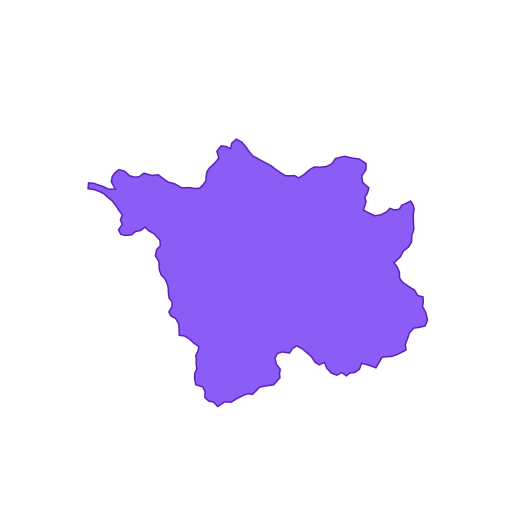 the district of Paula Cândido, Minas Gerais, Brazil, rotated 130°
{"feature_id": "56859067B72410336703321", "entity_name": "Paula Cândido", "entity_type": "district", "adm_level": 2, "iso_a3": "BRA", "parent_name": "Brazil", "parent_adm1": "Minas Gerais", "projection": "orthographic", "projection_center": [-42.983, -20.87], "detail": "fine", "context": "isolated", "style": "filled", "palette": "violet", "viewbox_px": 512, "rotation_deg": 130, "n_neighbors": 0, "source": "geoboundaries", "source_scale": "gbopen_adm2", "svg_char_len": 2768}
<svg xmlns="http://www.w3.org/2000/svg" viewBox="0 0 512 512"><g transform="rotate(130 256 256)"><path d="M395.9,188.5L388.0,186.3L383.9,181.0L377.2,178.9L370.5,176.0L366.6,173.6L364.3,169.8L359.8,169.3L354.2,169.0L348.7,164.5L343.3,159.7L338.2,159.5L333.9,159.4L331.0,162.4L327.2,164.6L325.8,170.7L322.1,175.7L316.9,177.0L312.7,174.3L308.7,167.9L303.7,168.6L298.8,167.2L297.3,160.7L297.4,155.6L297.5,148.7L299.4,142.7L298.8,137.7L293.4,135.1L296.4,129.8L297.3,123.2L295.3,117.4L290.1,115.4L289.7,109.7L285.4,109.0L281.6,105.4L276.3,104.0L270.4,106.2L268.1,101.6L266.3,97.1L264.6,92.3L258.4,93.2L252.5,94.4L249.4,91.3L245.4,87.3L241.6,85.0L237.1,82.9L231.5,80.7L227.9,84.7L222.0,86.8L216.3,89.1L209.8,88.7L205.6,85.0L200.9,81.5L194.8,83.4L190.5,89.1L187.6,96.0L183.6,98.3L180.0,101.8L182.3,106.7L180.2,112.8L181.4,120.5L181.9,126.7L180.7,131.7L176.0,136.0L173.5,141.3L172.5,145.8L168.0,145.4L163.7,144.9L157.5,146.3L151.0,144.9L145.2,145.9L140.0,149.9L134.0,152.3L130.5,155.7L126.8,159.0L123.1,162.3L118.8,164.8L116.1,168.1L114.5,172.9L118.8,174.7L123.7,177.0L127.8,176.2L131.7,179.4L133.4,184.0L138.7,184.4L144.5,187.0L148.8,190.9L150.5,197.3L151.8,203.3L147.8,204.8L143.6,206.6L141.1,210.3L136.4,211.0L131.3,213.3L131.1,221.5L126.6,226.5L119.4,227.2L114.4,231.1L115.4,239.3L119.4,245.7L122.7,252.3L130.4,257.8L136.7,257.1L142.1,259.5L146.8,263.9L150.4,268.6L154.4,270.1L158.4,270.9L162.5,271.5L168.9,273.6L169.6,278.1L172.5,281.3L175.6,284.9L176.5,291.5L177.0,296.6L177.2,302.5L178.5,308.6L179.5,313.3L180.3,317.6L181.4,322.7L180.5,328.2L179.0,333.4L177.9,340.2L179.2,346.2L185.1,347.1L190.1,344.4L191.3,349.2L194.0,353.5L200.9,353.3L204.9,347.5L210.8,347.3L218.5,348.2L222.8,347.8L226.6,345.7L230.4,342.8L235.1,342.3L240.3,342.8L243.3,345.9L246.7,351.4L251.6,356.7L253.0,365.0L255.7,370.3L256.3,375.5L256.6,383.0L261.2,387.5L264.6,395.1L270.4,396.4L273.5,399.5L275.8,404.5L275.5,411.2L277.8,416.4L282.9,417.6L287.5,417.2L292.1,414.6L295.2,406.8L299.6,411.9L301.0,417.6L302.8,422.1L304.6,427.0L307.6,431.3L312.4,427.9L309.0,422.4L307.2,417.2L306.1,412.6L306.3,407.6L306.2,401.6L307.5,395.6L309.2,390.3L310.4,384.8L315.3,383.2L318.0,378.7L324.3,378.2L326.3,373.4L324.0,369.1L319.9,365.0L314.5,364.0L310.6,360.7L305.1,359.5L305.7,354.9L304.5,348.3L305.7,339.6L309.8,335.8L314.8,336.3L320.5,333.2L322.7,326.8L328.7,321.2L331.6,316.2L331.9,311.5L333.9,306.9L336.5,303.1L340.6,299.3L344.2,295.4L345.0,290.9L349.0,287.7L354.9,286.8L356.6,282.8L355.5,277.5L357.6,271.5L361.6,267.9L366.1,263.8L363.3,259.6L362.3,253.5L362.7,247.4L362.2,241.4L366.5,239.2L370.8,238.2L373.9,235.1L377.3,232.4L380.3,228.9L385.3,227.4L389.1,224.6L393.3,219.4L390.5,212.6L392.7,207.7L397.2,204.3L397.6,199.0L395.2,194.7L395.9,188.5Z" fill="#8b5cf6" stroke="#5b21b6" stroke-width="1.5"/></g></svg>